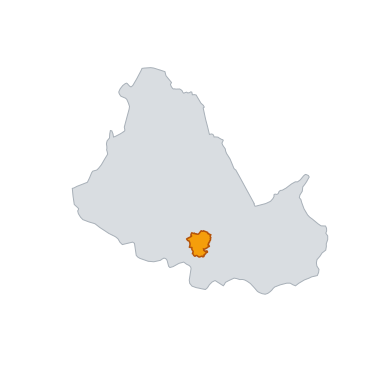 Nayala, Nayala, Burkina Faso shown in context, rotated 242°
{"feature_id": "67063806B13297228427715", "entity_name": "Nayala", "entity_type": "district", "adm_level": 2, "iso_a3": "BFA", "parent_name": "Burkina Faso", "parent_adm1": "Nayala", "projection": "natural_earth1", "projection_center": [-3.089, 12.661], "detail": "fine", "context": "in_parent", "style": "filled", "palette": "amber", "viewbox_px": 384, "rotation_deg": 242, "n_neighbors": 0, "source": "geoboundaries", "source_scale": "gbopen_adm2", "svg_char_len": 7211}
<svg xmlns="http://www.w3.org/2000/svg" viewBox="0 0 384 384"><g transform="rotate(242 192 192)"><path d="M274.9,241.2L266.2,241.6L263.1,242.7L261.2,242.7L261.1,241.8L260.9,241.3L250.0,238.2L242.4,236.4L234.6,234.4L234.2,236.3L233.1,237.5L231.4,237.6L230.2,237.3L229.5,238.8L228.2,240.7L226.4,241.6L224.6,242.8L223.6,243.8L222.9,243.8L221.1,241.4L218.8,241.1L214.4,241.6L212.4,240.9L209.7,240.6L203.3,241.1L193.1,240.1L191.5,240.6L191.0,241.0L180.9,241.2L169.8,241.3L160.5,241.4L152.4,241.5L152.4,241.1L149.8,241.0L149.5,241.8L147.2,251.6L146.9,256.9L148.1,260.2L149.5,262.3L151.1,263.1L151.2,264.3L150.0,265.8L150.1,267.4L151.5,269.0L151.9,270.7L151.2,272.5L151.3,276.8L152.4,283.6L152.5,287.9L151.4,290.0L151.9,293.4L153.9,298.2L154.3,300.3L153.6,301.2L151.9,302.5L150.2,302.5L148.3,299.5L147.4,298.2L145.8,295.2L144.5,292.2L142.6,290.9L140.9,289.7L138.7,285.9L136.6,284.1L134.3,284.6L131.1,283.9L124.6,283.0L117.5,283.3L114.6,284.1L111.7,285.5L104.4,288.5L101.5,290.1L99.3,293.9L96.9,293.8L94.4,292.6L92.8,290.8L89.5,291.2L86.3,289.5L83.2,286.2L80.9,285.1L77.9,282.8L77.1,278.2L75.3,275.0L73.6,270.6L71.1,268.6L68.1,267.5L64.1,267.8L61.5,266.0L59.4,263.4L60.0,261.1L60.9,257.9L61.0,254.9L61.6,249.9L61.3,243.6L60.6,239.3L62.8,237.5L65.4,235.9L67.0,232.9L68.6,226.3L69.3,220.5L68.8,218.4L68.0,216.7L67.3,214.3L66.9,211.2L67.4,208.6L69.3,206.2L71.8,204.1L73.5,203.1L78.1,202.1L83.8,200.6L87.1,198.9L89.6,197.2L90.9,195.8L92.3,193.0L94.5,190.9L96.2,188.7L96.5,182.6L96.5,179.1L95.2,177.2L94.5,175.6L103.0,170.8L103.1,167.5L101.9,163.7L100.2,160.7L99.6,158.1L102.0,155.1L104.0,152.8L105.6,150.8L108.9,147.8L112.4,147.1L115.5,148.2L124.8,155.2L126.4,155.6L128.3,155.1L130.8,153.3L134.0,151.8L135.1,147.1L135.0,140.2L135.7,137.0L137.4,136.5L142.8,137.8L144.1,137.9L145.7,137.4L146.8,136.2L146.8,134.0L146.5,132.0L148.3,125.6L151.4,120.8L157.9,114.8L159.9,113.6L162.2,113.0L173.7,117.1L175.6,116.1L178.3,105.8L181.5,104.8L185.2,104.7L187.6,103.8L188.9,103.1L194.3,99.2L204.0,93.9L209.2,91.6L210.2,90.8L213.9,87.0L218.8,82.7L221.9,81.8L226.2,81.5L229.0,82.2L229.7,83.4L230.6,84.1L236.3,82.2L244.4,85.1L251.4,88.0L251.0,89.8L251.0,93.1L250.4,98.1L249.7,104.2L252.6,108.2L256.1,112.4L257.0,114.1L256.1,118.2L256.8,120.7L258.6,124.8L261.8,129.9L265.0,135.3L267.2,136.0L269.3,136.4L270.6,137.4L272.5,138.3L274.4,138.9L276.0,140.1L277.1,141.2L278.4,144.5L282.0,146.7L284.6,148.8L283.6,149.9L280.4,149.5L277.4,148.5L277.1,150.1L277.0,156.1L277.5,161.1L278.2,161.8L281.1,162.7L288.2,169.3L294.7,175.4L296.9,177.0L300.4,177.6L304.4,177.9L306.1,177.3L309.9,174.2L312.0,173.9L313.9,174.0L314.9,174.5L316.8,177.0L318.5,180.8L319.0,183.7L318.9,185.2L318.3,185.7L315.1,186.5L313.8,187.1L313.4,187.9L313.9,189.8L314.6,191.0L318.0,196.5L323.1,204.0L324.6,205.9L323.8,208.1L321.2,213.9L319.4,216.4L311.0,224.6L306.9,223.6L298.3,225.3L297.0,223.4L294.9,223.2L292.4,223.5L291.5,224.2L291.3,225.0L290.4,226.1L288.8,229.4L287.6,230.2L286.0,230.8L284.2,230.7L283.1,231.1L283.0,232.7L282.7,234.1L281.4,234.8L280.9,236.4L281.0,238.0L280.3,238.7L278.7,238.3L277.7,237.9L276.8,239.9L275.7,241.2L274.9,241.2Z" fill="#d9dde1" stroke="#a8b0b8" stroke-width="1"/><path d="M149.1,186.7L150.2,185.8L150.9,185.2L151.3,184.8L151.5,184.6L151.8,184.4L151.8,184.2L152.0,184.0L152.2,183.8L152.3,183.8L152.3,183.7L152.3,183.3L152.3,183.2L152.4,182.9L152.5,182.7L152.9,182.4L153.4,181.9L153.3,181.7L153.1,181.1L152.9,180.6L152.7,180.2L152.3,179.4L152.0,178.5L151.8,177.9L151.9,177.7L152.0,177.3L152.1,177.1L152.4,176.7L152.6,176.6L152.7,176.4L152.8,176.2L153.0,176.2L153.3,175.8L153.4,175.6L153.4,175.4L153.5,175.2L153.9,175.1L154.0,175.0L154.0,174.9L154.4,174.8L154.5,174.8L154.6,174.6L154.6,174.3L154.7,174.0L154.7,173.9L154.8,173.8L154.8,173.7L155.0,173.6L155.4,173.3L155.6,173.1L155.8,172.8L156.0,172.7L155.8,172.1L155.6,171.9L155.3,171.6L155.0,171.3L154.8,171.0L154.6,170.9L154.4,170.8L154.2,171.0L153.9,171.0L153.7,171.0L153.4,171.0L153.3,170.9L153.2,170.8L153.1,170.6L153.1,170.4L153.2,170.2L153.3,170.0L153.3,169.9L153.3,169.7L153.0,169.0L153.0,168.8L153.0,168.7L153.1,168.0L153.2,167.8L153.1,167.5L153.0,167.3L153.1,167.0L153.2,166.4L153.2,166.1L153.1,165.6L153.1,165.4L153.0,165.2L152.7,165.2L152.4,165.3L151.9,165.3L151.7,165.3L151.4,165.4L151.1,165.5L150.9,165.7L150.7,165.9L150.4,166.1L149.9,166.4L149.8,166.5L149.6,166.4L148.5,166.3L147.9,166.1L147.5,166.0L147.3,166.0L147.0,165.9L146.7,165.7L146.4,165.4L146.1,165.3L145.9,165.1L145.7,164.9L145.4,164.7L145.1,164.3L144.8,164.1L144.6,163.9L144.4,163.8L144.2,164.0L143.9,164.4L143.6,164.8L143.6,165.0L143.4,165.1L143.3,165.4L143.1,165.7L143.0,165.8L142.6,165.6L142.3,165.4L141.4,165.0L141.3,164.9L141.1,164.9L140.8,164.9L140.5,165.0L140.2,165.0L139.9,165.0L139.5,165.1L139.1,165.1L138.9,165.1L138.7,165.0L138.4,164.8L138.3,164.5L138.0,164.1L137.5,163.6L137.4,163.5L137.2,163.7L136.8,163.9L136.6,163.9L136.4,163.8L136.1,163.8L135.3,163.8L135.0,163.9L134.7,164.0L134.3,164.1L134.1,164.3L133.9,164.5L133.9,165.0L134.0,165.2L134.0,165.4L134.0,165.7L133.9,165.9L133.8,166.1L133.7,166.4L133.4,166.6L133.2,166.7L132.7,166.9L132.1,167.2L131.7,167.5L131.4,167.6L131.3,167.8L131.1,168.2L131.0,168.5L131.0,168.8L130.9,169.3L130.8,169.9L130.8,170.1L130.8,170.3L130.7,170.4L130.6,170.5L130.4,170.9L130.3,171.1L130.2,171.1L129.8,171.1L129.7,171.1L129.6,171.3L129.5,171.5L129.5,171.9L129.5,172.2L129.6,172.3L129.8,172.5L130.0,172.6L130.4,172.7L130.5,172.8L130.7,173.0L130.8,173.1L130.6,173.4L130.5,173.5L130.7,173.8L130.9,174.1L131.0,174.2L131.0,174.4L131.1,174.5L131.1,175.1L131.2,175.3L131.4,175.4L131.7,175.8L131.9,176.0L132.0,176.1L131.9,176.2L131.9,176.3L131.8,176.5L131.7,176.6L131.7,176.8L131.6,177.0L131.6,177.3L131.8,177.4L132.0,177.5L132.3,177.7L132.5,177.7L132.9,177.5L133.1,177.3L133.1,177.1L133.2,176.9L133.2,176.6L133.3,176.4L133.3,176.2L133.4,175.9L133.5,175.8L133.8,175.8L133.9,175.7L134.0,175.5L134.0,175.4L134.3,175.3L134.5,175.3L134.7,175.2L134.8,175.2L135.0,175.0L135.4,175.1L135.5,175.1L135.7,175.3L135.9,175.7L136.0,175.7L135.9,175.8L135.8,176.0L135.7,176.3L135.7,176.6L135.7,176.9L135.7,177.0L135.5,177.4L135.6,177.6L135.7,177.8L135.7,178.0L135.6,178.4L135.6,178.6L135.6,178.9L135.7,179.2L135.7,179.3L135.7,179.5L135.7,179.8L135.8,179.9L135.8,180.1L136.0,180.4L136.0,180.5L136.1,180.8L135.9,181.2L135.8,181.4L135.8,181.5L135.9,181.8L136.2,181.9L136.4,181.9L136.7,181.8L136.8,181.6L137.0,181.5L137.2,181.4L137.3,181.4L137.7,181.3L137.8,181.3L138.0,181.5L138.0,181.9L138.0,182.0L138.3,182.3L138.8,182.3L139.0,182.7L139.0,182.8L139.2,183.0L139.5,183.1L139.6,183.3L139.6,183.7L139.6,183.9L139.6,184.0L139.8,184.2L139.9,184.3L140.1,184.4L140.4,184.7L140.6,184.9L140.7,185.0L140.7,185.3L140.8,185.6L141.0,185.8L141.2,186.0L141.4,186.0L141.7,186.1L141.8,186.1L142.1,186.2L142.2,186.3L142.3,186.3L142.6,186.5L142.7,186.9L142.7,187.0L142.9,187.0L143.0,187.2L143.3,187.2L143.5,187.2L144.1,187.3L144.4,187.3L144.6,187.3L144.8,187.4L144.9,187.5L145.0,187.6L145.0,187.9L145.1,188.1L145.2,188.3L145.3,188.5L145.5,188.5L145.8,188.2L146.0,187.8L146.1,187.7L146.4,187.6L146.6,187.4L146.8,187.2L147.1,187.3L147.3,187.2L147.5,187.0L147.5,186.9L147.6,186.7L147.8,186.5L148.0,186.5L148.3,186.7L148.6,186.5L148.8,186.5L149.0,186.6L149.1,186.7Z" fill="#f59e0b" stroke="#b45309" stroke-width="1.5"/></g></svg>